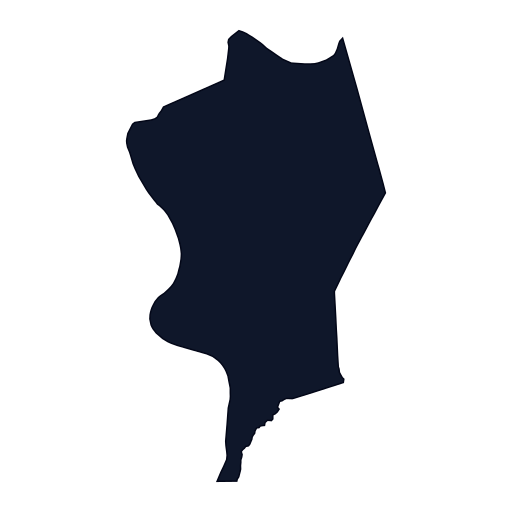 outline of Araripina, Pernambuco, Brazil
{"feature_id": "56859067B17972152596251", "entity_name": "Araripina", "entity_type": "district", "adm_level": 2, "iso_a3": "BRA", "parent_name": "Brazil", "parent_adm1": "Pernambuco", "projection": "robinson", "projection_center": [-40.522, -7.658], "detail": "fine", "context": "isolated", "style": "filled", "palette": "ink", "viewbox_px": 512, "rotation_deg": 0, "n_neighbors": 0, "source": "geoboundaries", "source_scale": "gbopen_adm2", "svg_char_len": 2619}
<svg xmlns="http://www.w3.org/2000/svg" viewBox="0 0 512 512"><path d="M163.5,107.0L161.2,111.1L159.4,113.3L158.4,115.0L157.4,117.1L155.0,118.8L151.2,120.0L134.8,122.5L132.6,124.2L127.9,133.4L126.9,138.5L126.6,140.9L126.8,143.3L127.6,147.2L129.6,152.0L130.4,154.5L133.1,163.7L135.0,168.3L138.8,176.4L146.6,189.6L148.9,193.0L154.5,200.3L155.8,201.8L157.5,204.1L159.6,205.6L162.6,208.4L164.2,210.0L165.4,211.5L167.9,214.8L172.6,223.3L175.3,229.5L178.5,238.4L179.6,242.7L180.1,244.7L180.8,248.2L181.2,251.7L181.4,253.8L181.3,256.3L181.1,259.1L180.3,264.0L179.8,266.8L179.1,269.1L177.9,274.0L176.1,278.5L174.4,281.9L173.3,283.9L171.1,286.7L168.5,289.4L165.6,292.1L164.2,293.4L162.5,294.5L160.2,296.1L158.4,297.6L155.2,301.5L153.5,304.7L152.1,307.5L151.2,310.1L150.6,312.3L150.1,314.9L149.9,319.0L151.1,324.9L152.0,326.9L153.2,329.0L156.3,333.0L162.7,338.5L167.8,341.6L171.3,343.2L177.4,345.4L191.6,349.5L206.8,353.8L212.7,356.3L218.0,360.2L220.5,362.6L222.6,365.2L224.8,368.5L226.2,371.3L228.0,375.9L228.9,380.9L230.3,388.0L230.3,391.0L230.3,393.0L230.4,396.3L230.2,399.4L228.3,408.0L227.1,424.5L225.7,441.2L226.0,445.8L226.8,451.9L227.1,455.4L226.9,457.5L226.7,459.6L223.7,466.5L220.9,472.3L217.1,481.3L236.8,481.1L237.2,479.2L238.7,476.9L239.5,473.7L240.1,471.4L240.6,469.1L240.5,465.6L240.8,462.6L240.8,459.9L241.7,457.1L242.1,454.6L241.2,451.6L242.6,449.7L244.4,448.2L245.6,446.5L248.5,445.8L249.8,444.1L250.7,441.9L251.8,439.3L252.2,436.9L253.3,435.0L254.6,433.4L255.0,430.9L256.6,427.9L259.0,427.6L260.2,426.0L262.3,425.6L264.5,425.4L265.0,422.5L267.4,420.3L269.4,420.4L271.4,420.6L272.8,419.0L272.8,414.9L275.2,413.8L277.3,411.9L279.1,409.1L277.5,407.3L278.1,405.5L279.7,401.3L282.0,400.8L284.3,399.3L286.5,398.4L292.4,398.6L294.8,397.9L313.4,392.1L343.3,382.5L343.8,379.1L342.3,377.7L340.5,374.5L339.4,372.4L339.0,368.9L338.3,366.9L337.6,355.6L336.8,338.1L336.3,329.9L335.7,317.2L334.4,293.2L334.4,291.2L339.6,280.4L340.5,278.4L343.8,272.0L347.0,265.5L348.0,263.4L349.5,260.4L352.9,253.9L355.4,248.6L357.7,244.2L358.9,242.0L361.6,236.9L363.4,233.7L371.4,218.6L372.5,216.7L374.3,213.5L376.3,209.7L378.3,205.9L385.4,192.9L383.1,183.8L378.8,168.0L377.6,163.9L369.4,134.3L357.0,88.9L342.6,38.2L339.8,41.2L338.9,43.6L337.3,49.1L335.4,53.4L333.8,55.5L326.4,60.1L318.3,63.0L314.6,63.8L310.8,64.0L304.5,64.0L291.2,63.1L282.6,59.3L276.4,55.1L272.0,52.0L266.5,48.3L262.6,44.7L260.2,42.8L252.2,37.2L248.6,35.1L246.5,33.7L242.8,32.0L238.9,30.7L231.4,36.6L228.7,39.4L228.1,42.3L228.9,46.0L228.8,48.3L227.6,58.6L224.2,80.1L201.0,90.4L195.4,92.9L170.9,103.7L163.5,107.0Z" fill="#0f172a" stroke="#020617" stroke-width="1.5"/></svg>